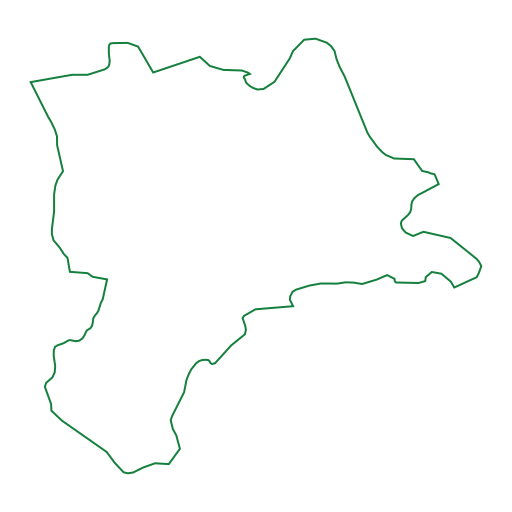 the border of Lucerne
{"feature_id": "CHE-163", "entity_name": "Lucerne", "entity_type": "Canton", "adm_level": 1, "iso_a3": "CHE", "parent_name": "Switzerland", "parent_adm1": "", "projection": "natural_earth1", "projection_center": [8.13, 47.03], "detail": "fine", "context": "isolated", "style": "outline", "palette": "green", "viewbox_px": 512, "rotation_deg": 0, "n_neighbors": 0, "source": "natural_earth", "source_scale": "10m", "svg_char_len": 2253}
<svg xmlns="http://www.w3.org/2000/svg" viewBox="0 0 512 512"><path d="M413.8,159.2L422.2,171.0L428.0,172.2L431.0,173.5L433.9,174.0L434.8,174.8L438.7,184.1L417.9,195.1L414.3,198.2L412.2,201.3L411.4,204.6L411.2,209.0L410.2,212.2L407.9,215.1L401.8,220.6L400.9,223.4L401.9,228.1L405.6,232.5L413.0,236.0L423.4,231.8L450.6,238.0L476.5,258.8L479.1,261.9L481.3,266.1L478.9,272.8L476.7,277.2L454.3,287.5L450.7,281.5L441.4,273.7L431.8,272.0L425.8,277.1L425.2,281.1L418.5,283.0L396.1,282.5L395.1,281.7L394.8,281.0L394.5,278.8L387.1,275.1L376.7,279.6L362.1,284.0L353.7,282.6L345.8,282.3L337.3,283.6L320.8,283.5L309.3,285.6L296.2,289.6L292.5,291.8L290.3,296.2L289.8,299.6L293.1,306.2L255.5,309.3L244.1,315.8L242.6,318.1L245.2,325.7L245.9,330.0L244.9,334.3L231.2,345.4L215.0,363.3L212.1,364.0L210.5,363.1L209.5,361.1L208.3,360.1L206.1,359.8L202.3,360.0L199.0,361.1L196.2,363.2L191.2,369.4L189.0,373.6L186.5,379.9L184.1,392.2L172.3,415.7L170.7,420.2L172.9,429.2L176.3,435.4L179.9,448.8L168.8,464.1L155.0,463.3L143.2,467.5L133.1,472.5L127.9,473.3L123.6,472.3L114.7,462.8L106.7,452.0L62.0,420.7L51.4,410.7L51.1,404.0L44.9,386.9L46.1,382.9L52.4,377.4L54.7,372.4L55.2,366.1L53.7,355.6L53.8,350.5L55.0,346.9L57.5,345.3L63.4,343.3L68.5,340.4L70.1,340.1L75.6,341.2L79.1,340.7L82.3,338.6L84.4,335.4L85.9,332.1L86.9,330.4L90.5,328.1L91.8,326.3L92.6,323.6L93.3,318.3L94.6,316.0L96.9,313.2L98.4,310.8L100.8,303.0L102.7,299.3L107.1,279.4L92.6,276.8L87.7,273.2L69.9,271.8L67.5,257.9L64.0,254.2L59.3,247.1L53.5,240.3L51.9,234.2L51.9,228.9L54.1,211.4L54.1,194.4L55.4,185.5L57.5,179.7L63.0,171.2L57.1,145.1L57.0,136.4L54.8,129.5L51.2,122.0L48.2,117.0L30.7,82.1L72.1,74.8L87.5,74.8L104.7,69.4L107.3,67.6L108.4,66.6L108.8,65.8L109.3,64.1L109.7,61.1L108.9,53.8L108.8,46.9L109.4,44.6L110.4,43.5L113.2,43.1L127.7,42.9L138.1,46.6L153.2,72.5L199.8,56.8L209.9,66.0L223.4,69.9L241.8,70.5L247.9,72.6L249.8,73.9L244.8,75.7L243.9,76.5L243.9,77.7L245.1,79.4L245.9,82.3L247.1,83.7L249.7,85.9L252.8,87.8L257.4,89.5L263.5,89.0L274.5,81.8L289.9,58.2L292.9,51.2L304.2,39.7L315.6,38.7L326.8,42.7L330.8,45.9L334.5,50.9L336.6,59.3L339.5,66.6L344.6,76.4L367.3,132.4L369.7,136.6L377.1,146.7L382.1,152.0L385.7,154.9L394.1,158.5L413.3,159.2L413.8,159.2Z" fill="none" stroke="#15803d" stroke-width="2"/></svg>